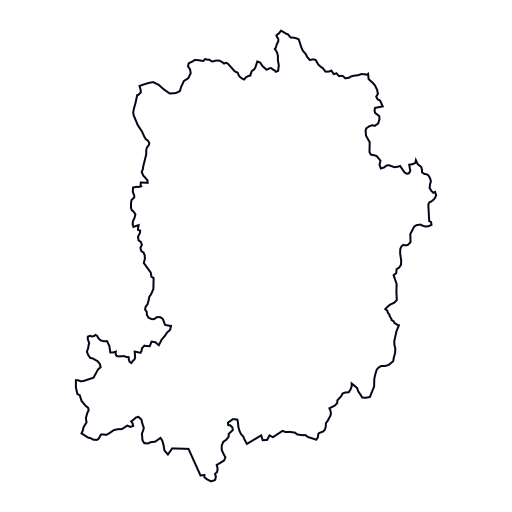 the district of Jerantut, Pahang, Malaysia
{"feature_id": "92858781B18339216088795", "entity_name": "Jerantut", "entity_type": "district", "adm_level": 2, "iso_a3": "MYS", "parent_name": "Malaysia", "parent_adm1": "Pahang", "projection": "natural_earth1", "projection_center": [102.515, 4.261], "detail": "fine", "context": "isolated", "style": "outline", "palette": "ink", "viewbox_px": 512, "rotation_deg": 0, "n_neighbors": 0, "source": "geoboundaries", "source_scale": "gbopen_adm2", "svg_char_len": 5959}
<svg xmlns="http://www.w3.org/2000/svg" viewBox="0 0 512 512"><path d="M298.7,39.3L295.7,38.1L293.1,37.6L290.7,37.6L287.8,34.2L286.4,33.9L282.4,31.4L281.0,30.7L278.9,33.4L277.4,34.4L276.4,35.5L277.3,37.5L278.1,38.4L278.4,39.9L278.1,41.9L276.9,43.9L275.9,47.5L274.8,49.0L276.4,51.2L277.3,53.3L277.8,55.7L278.0,58.0L277.8,59.7L278.8,65.3L278.1,70.9L275.7,71.8L274.9,70.6L272.4,69.2L271.3,68.1L270.1,68.1L266.6,69.7L262.7,66.3L260.2,62.6L257.3,61.5L255.3,67.6L254.5,68.9L253.4,70.0L252.3,70.6L251.4,71.8L251.2,73.0L250.5,74.1L250.5,75.4L249.8,75.8L248.5,75.9L245.8,77.4L244.2,79.5L242.0,78.5L239.6,76.6L238.7,75.3L238.0,73.3L237.4,72.4L236.1,72.1L234.6,71.2L227.9,63.7L226.2,62.9L225.3,62.9L224.5,63.5L223.5,63.4L222.7,62.4L219.4,60.6L215.9,60.6L212.3,61.5L211.1,61.1L210.4,60.3L209.2,59.7L206.8,59.6L205.2,59.0L204.5,59.6L204.0,60.5L203.1,61.0L198.0,60.1L194.6,60.0L193.4,61.0L188.7,63.3L188.0,66.5L190.0,69.2L190.7,73.1L188.3,78.2L183.9,81.0L181.2,86.8L179.9,91.1L175.8,93.1L169.7,93.5L163.6,89.2L158.8,84.9L153.1,82.1L149.0,82.9L143.6,84.5L139.5,86.0L140.5,89.2L140.9,92.3L138.2,95.0L137.2,95.1L135.4,103.4L133.9,108.6L133.2,112.6L133.7,115.4L137.8,125.2L142.1,131.7L144.3,136.7L145.8,139.2L148.0,140.7L149.3,143.2L148.8,145.2L146.9,147.5L146.2,150.5L146.2,154.5L143.2,166.5L143.0,168.7L141.7,172.0L143.2,175.5L145.8,178.3L147.5,180.5L147.7,182.8L140.8,182.5L140.6,185.3L141.2,186.3L138.9,187.0L136.9,186.8L133.0,187.5L132.8,192.0L134.1,195.1L134.3,197.3L131.5,200.1L131.0,203.3L131.0,207.8L131.7,210.1L133.6,211.6L135.4,214.3L134.5,217.9L133.0,221.1L132.6,224.1L133.4,226.9L138.6,225.1L138.0,228.4L138.0,229.9L140.2,230.6L139.9,233.1L138.0,236.6L138.6,240.4L140.8,241.9L141.9,244.9L140.4,247.9L141.2,250.9L143.6,252.7L144.7,255.2L144.9,258.7L143.8,263.0L150.8,272.7L151.4,276.7L153.6,278.0L153.4,288.8L152.1,292.0L150.6,295.0L149.3,296.8L148.4,301.3L147.5,304.3L145.6,306.8L145.1,309.6L146.7,311.8L146.9,314.8L148.4,317.6L151.6,319.1L154.2,319.1L156.9,317.1L160.1,317.1L162.7,318.8L165.1,324.9L168.4,325.6L171.0,325.9L170.1,329.9L167.0,332.6L164.7,336.1L161.8,339.4L158.8,345.2L155.3,342.2L151.6,341.6L149.7,346.2L145.1,345.9L144.4,345.6L141.9,348.4L141.6,350.9L140.5,352.8L134.7,351.6L135.1,357.3L134.5,359.4L132.6,361.2L131.3,363.0L129.5,361.7L128.8,359.3L128.7,357.2L126.0,356.9L124.1,356.1L119.4,356.4L116.7,356.1L115.6,354.1L115.8,351.6L113.4,352.4L110.3,352.5L109.4,346.1L107.0,341.1L104.0,341.3L100.5,340.3L98.1,337.9L97.3,336.0L95.6,334.9L94.1,336.0L91.7,336.5L90.2,335.8L87.9,336.6L87.7,338.9L89.2,343.2L88.5,345.5L88.3,347.7L86.9,351.7L88.1,354.8L90.3,358.0L92.4,358.3L97.6,361.2L100.0,364.2L100.6,367.2L98.0,369.5L93.5,377.7L83.5,381.0L80.7,381.3L77.9,380.2L75.9,380.2L75.9,387.5L77.4,394.0L79.8,395.3L81.5,400.8L85.4,405.6L88.1,407.8L88.7,410.1L87.2,413.3L85.9,418.1L86.5,422.4L83.7,426.9L82.6,431.1L81.5,433.4L88.3,437.7L90.7,438.2L93.3,439.7L96.9,439.9L98.7,438.7L100.9,434.6L103.2,434.4L106.1,434.9L108.7,433.6L113.9,430.1L118.4,429.1L121.9,429.1L127.3,425.6L130.4,426.9L133.2,425.9L132.5,423.1L131.2,421.4L133.6,419.6L135.8,417.6L138.4,416.8L141.4,419.6L142.5,424.1L143.8,427.9L143.2,430.4L141.9,433.6L142.5,440.4L144.3,443.2L148.4,443.4L150.5,442.2L155.1,441.7L160.5,437.9L162.3,440.7L163.6,445.4L164.4,450.4L167.9,454.5L172.2,448.4L188.5,448.9L200.5,475.5L204.4,475.0L204.4,477.3L207.0,479.3L210.9,481.3L213.9,480.5L215.2,479.8L215.9,476.5L215.0,474.0L217.2,471.8L217.6,468.5L216.7,465.0L224.1,460.5L225.4,457.2L223.9,454.7L221.7,449.9L221.7,445.7L223.2,441.9L226.3,439.7L228.7,436.7L228.7,433.9L232.8,430.1L232.4,427.4L230.4,425.4L228.2,425.1L228.0,422.6L233.0,419.1L237.4,419.6L238.0,422.9L238.4,427.1L239.5,430.9L241.0,434.1L243.2,436.4L244.7,439.9L246.9,443.9L261.2,435.4L262.7,440.2L267.1,439.9L269.5,435.4L272.9,437.2L282.5,430.9L285.7,432.1L289.7,431.9L294.9,432.6L297.2,434.4L301.6,435.1L305.5,435.1L307.7,436.9L316.3,439.7L317.9,437.2L318.3,433.9L319.0,433.1L323.3,431.4L325.0,429.4L325.7,426.9L325.9,423.1L327.2,421.6L330.5,415.6L330.9,413.1L330.5,410.8L329.4,408.3L334.8,405.6L337.2,403.1L337.4,400.3L341.1,396.3L342.6,393.5L345.2,392.5L348.7,392.3L350.6,389.3L351.7,386.3L351.7,383.5L357.1,388.0L358.2,391.3L360.6,394.8L362.1,397.5L365.6,397.8L369.9,397.0L374.1,386.5L374.3,378.7L375.4,374.0L376.7,369.7L378.4,367.7L381.2,366.0L384.9,366.0L388.6,365.0L393.2,361.2L393.8,357.7L395.1,352.9L395.3,348.4L394.5,345.4L394.2,341.6L396.4,331.4L398.9,325.3L397.5,324.9L394.4,322.9L393.5,321.1L391.6,320.1L391.3,318.7L389.8,316.4L389.4,314.7L387.8,312.6L387.3,310.7L385.3,309.1L387.1,307.1L390.2,304.6L394.4,302.6L396.8,300.0L396.4,292.3L396.6,284.0L393.6,275.2L396.2,273.2L396.6,269.2L399.2,267.5L401.0,264.7L401.2,260.7L400.1,253.2L400.3,248.9L401.6,246.2L403.3,244.9L405.9,245.4L407.9,244.9L410.5,242.2L410.3,234.1L414.2,226.6L416.6,225.1L420.5,224.6L422.4,225.6L425.7,226.6L428.7,226.1L431.5,224.9L431.1,222.1L429.2,221.1L428.3,204.6L429.4,202.3L431.1,201.6L433.5,199.8L435.2,197.6L436.1,195.1L435.0,191.9L433.3,192.8L431.3,190.8L429.6,188.0L430.0,184.3L430.9,181.5L430.2,178.5L428.5,175.5L426.8,174.3L424.4,174.0L422.0,172.3L422.0,170.0L421.3,167.0L417.7,164.2L415.9,160.2L415.3,163.0L412.4,164.2L409.2,164.7L410.3,170.8L409.0,173.3L407.0,173.8L404.6,172.5L400.1,166.0L397.9,166.7L394.4,167.2L388.8,165.2L386.6,165.5L384.0,167.5L380.8,168.5L379.5,164.7L380.5,160.7L376.6,156.0L374.0,155.2L371.0,154.7L369.5,152.2L369.7,142.2L366.0,135.7L365.6,130.9L366.2,128.4L369.0,126.4L372.5,125.2L374.7,125.9L378.2,123.4L379.5,119.1L379.2,116.1L375.1,112.9L374.5,110.4L375.1,107.9L382.7,106.4L380.1,100.6L377.7,99.4L376.2,96.6L377.9,93.9L377.1,89.8L374.9,85.3L372.7,82.8L368.6,79.1L368.1,73.8L366.7,74.8L365.1,74.3L361.2,74.1L358.6,75.1L353.4,75.8L350.6,76.6L348.9,77.8L345.2,78.3L343.0,76.1L341.7,75.8L338.9,76.1L336.5,73.3L333.7,74.1L331.3,70.6L328.9,71.6L325.4,71.6L323.0,68.3L320.7,66.8L318.1,64.3L315.7,60.0L313.3,59.3L309.8,60.0L307.2,57.0L305.7,54.0L302.9,50.8L301.4,47.5L298.7,39.3Z" fill="none" stroke="#020617" stroke-width="2"/></svg>